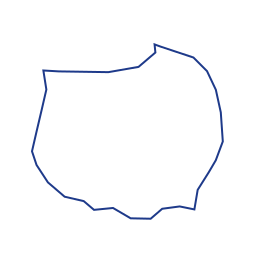 outline of Istok, rotated 13°
{"feature_id": "KOS-5887", "entity_name": "Istok", "entity_type": "District", "adm_level": 1, "iso_a3": "XKX", "parent_name": "Kosovo", "parent_adm1": "", "projection": "albers", "projection_center": [20.485, 42.778], "detail": "fine", "context": "isolated", "style": "outline", "palette": "blue", "viewbox_px": 256, "rotation_deg": 13, "n_neighbors": 0, "source": "natural_earth", "source_scale": "10m", "svg_char_len": 514}
<svg xmlns="http://www.w3.org/2000/svg" viewBox="0 0 256 256"><g transform="rotate(13 128 128)"><path d="M47.9,88.4L96.3,78.0L124.5,66.1L137.7,48.3L135.1,40.6L141.8,41.4L175.9,44.6L192.2,54.8L205.0,71.0L214.9,91.9L223.4,119.8L220.8,139.7L216.7,152.8L209.8,172.6L211.0,192.4L196.0,192.8L179.5,199.0L170.5,211.3L150.9,215.4L131.4,209.3L113.3,215.4L101.3,209.2L81.7,209.2L62.2,199.0L47.2,184.6L39.7,172.3L39.7,151.9L39.8,129.4L39.8,108.9L32.6,91.0L47.9,88.4Z" fill="none" stroke="#1e3a8a" stroke-width="2"/></g></svg>